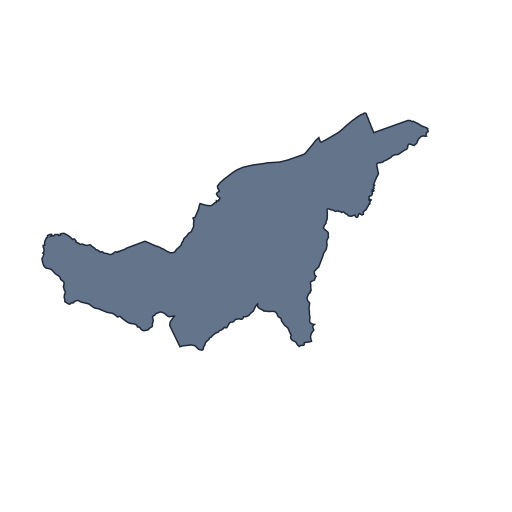 Caluma, Bolivar, Ecuador (Mercator projection), rotated 161°
{"feature_id": "8360857B21807845085638", "entity_name": "Caluma", "entity_type": "district", "adm_level": 2, "iso_a3": "ECU", "parent_name": "Ecuador", "parent_adm1": "Bolivar", "projection": "mercator", "projection_center": [-79.193, -1.597], "detail": "fine", "context": "isolated", "style": "filled", "palette": "slate", "viewbox_px": 512, "rotation_deg": 161, "n_neighbors": 0, "source": "geoboundaries", "source_scale": "gbopen_adm2", "svg_char_len": 6125}
<svg xmlns="http://www.w3.org/2000/svg" viewBox="0 0 512 512"><g transform="rotate(161 256 256)"><path d="M158.0,347.5L161.8,345.9L166.5,342.8L175.6,337.3L176.9,336.7L179.2,336.5L194.8,336.4L203.0,337.1L215.3,340.5L218.2,340.8L228.9,343.0L239.4,344.1L245.1,343.7L250.0,342.7L261.3,339.0L265.8,337.1L269.5,334.8L269.9,334.1L270.0,332.2L269.9,331.1L269.4,329.7L269.7,329.2L272.3,328.4L273.2,327.5L272.7,324.9L271.3,323.2L271.4,322.1L271.6,321.8L272.7,321.5L273.4,320.3L274.0,320.2L275.4,321.3L276.2,319.6L277.0,319.8L277.4,319.8L280.8,318.4L282.4,318.3L285.2,319.4L287.8,320.9L291.8,323.8L293.0,322.4L295.0,319.1L301.0,312.5L301.5,312.3L302.7,312.6L303.2,312.4L303.2,309.7L304.8,306.3L305.0,304.8L305.6,304.0L309.0,300.3L310.7,299.6L312.2,299.5L314.7,297.6L318.4,296.0L320.2,293.8L322.0,292.5L323.5,290.4L328.9,288.2L331.7,286.1L333.6,286.3L335.6,286.8L336.4,287.3L338.4,289.1L341.5,292.9L342.3,293.4L344.2,295.6L345.3,296.3L345.6,296.9L347.4,298.0L355.9,305.9L356.5,306.1L375.6,305.6L378.3,305.0L382.7,305.0L384.1,304.6L384.5,305.2L385.9,304.7L387.1,305.7L387.9,305.7L391.4,304.7L393.3,304.7L396.5,307.1L398.8,308.2L399.9,310.1L400.7,310.3L401.6,310.0L402.0,310.3L402.1,310.9L404.0,313.3L405.4,314.2L406.0,315.9L408.0,318.5L408.8,320.2L409.4,320.6L412.2,321.0L413.3,321.4L416.4,323.9L418.6,324.3L419.5,325.8L421.7,327.6L421.7,328.1L421.3,328.3L421.2,328.5L422.1,331.1L422.7,331.5L424.0,331.2L424.1,331.4L425.5,334.5L426.3,335.4L427.1,336.7L430.2,340.0L433.2,340.6L434.0,340.4L434.1,339.4L435.3,339.7L435.8,339.5L436.3,340.9L436.8,341.1L437.7,341.1L438.3,341.5L439.0,341.7L440.6,340.9L441.9,341.5L443.3,341.5L443.0,341.7L442.2,342.8L442.7,343.3L443.8,343.5L446.5,343.2L447.2,341.4L448.3,341.3L450.7,338.9L451.7,337.1L452.3,335.0L453.8,335.3L454.0,335.0L454.3,333.4L454.1,332.6L454.7,329.9L455.4,328.9L456.6,328.2L455.9,327.3L455.9,327.0L457.8,324.4L459.2,323.3L459.7,320.9L459.9,316.3L459.5,314.7L458.3,312.8L455.2,311.1L453.4,309.0L451.5,304.5L448.5,300.6L448.3,300.1L448.3,297.4L446.2,294.3L446.4,292.4L448.2,289.3L448.1,287.1L448.4,286.5L447.9,284.0L449.7,281.7L450.8,279.5L451.0,276.9L451.6,275.0L451.2,274.7L449.9,272.8L449.0,271.8L448.0,271.2L447.1,271.1L446.2,271.7L445.7,271.8L444.4,271.1L442.7,271.9L441.2,272.2L439.3,272.1L438.3,271.5L436.3,269.3L430.4,265.6L429.6,265.0L426.5,260.5L425.7,259.6L424.4,258.6L422.4,257.6L415.0,251.1L410.5,248.6L408.1,245.8L407.0,243.6L406.3,243.3L404.6,243.4L404.1,243.1L402.8,240.5L398.9,235.0L397.2,233.4L393.7,231.6L392.2,230.6L391.3,229.4L391.2,227.5L389.3,226.6L388.5,223.9L387.2,222.4L386.2,221.8L381.9,221.3L380.0,222.5L377.3,223.0L376.7,223.7L376.1,225.5L374.1,228.5L373.9,231.4L373.4,232.3L373.0,232.6L371.0,233.1L369.0,234.2L364.9,234.2L363.8,233.8L362.2,232.6L360.9,231.1L358.8,227.5L357.5,226.7L354.6,226.3L352.8,225.7L358.3,221.9L359.5,220.1L360.2,218.2L357.4,194.9L354.7,194.9L347.1,193.2L345.3,192.6L342.7,190.7L340.8,186.7L339.8,185.8L337.6,184.5L336.3,185.0L335.2,187.0L333.3,188.6L332.2,190.3L330.6,191.3L327.7,192.4L326.3,193.8L324.4,193.9L324.0,194.4L322.6,195.1L319.5,196.2L318.4,196.3L316.8,196.2L314.8,197.4L313.0,197.3L311.6,197.7L310.4,198.0L309.4,198.8L308.9,198.7L307.7,197.8L306.8,197.8L302.8,201.4L301.2,201.6L299.6,201.2L298.4,201.3L296.1,202.7L292.4,202.1L290.5,200.9L289.9,200.8L288.8,201.1L287.5,202.6L285.3,201.9L282.1,202.1L280.0,203.5L276.4,204.8L273.3,208.1L271.4,209.6L270.2,210.1L270.8,207.8L270.7,206.8L269.3,204.7L266.9,202.3L266.4,201.1L264.8,200.9L263.1,199.8L257.1,197.8L255.8,196.7L255.4,195.7L255.0,194.1L254.8,191.4L252.7,188.9L253.0,186.3L251.6,181.4L249.5,177.9L249.2,177.0L248.8,171.3L248.4,170.1L248.6,169.4L249.7,168.2L249.9,166.5L249.5,165.4L249.0,164.4L246.4,161.7L245.7,158.4L244.6,156.4L242.8,156.8L239.9,156.1L239.2,156.5L238.9,158.1L238.3,158.3L232.3,157.2L231.2,157.4L231.2,159.5L230.7,162.1L228.6,165.1L225.7,166.8L225.4,167.7L225.6,170.4L225.3,171.0L224.3,171.8L223.1,172.3L224.2,172.8L225.5,174.0L226.3,175.0L226.7,176.0L226.5,177.0L224.9,180.7L224.5,183.4L223.6,186.0L223.0,189.2L220.7,193.8L220.7,194.6L221.6,196.7L221.7,198.8L221.4,199.8L218.5,203.2L216.8,203.7L216.3,204.1L216.2,204.9L216.0,205.3L215.3,205.3L215.0,205.7L214.6,208.1L213.6,210.9L213.5,212.4L212.7,213.7L212.0,214.0L208.6,214.2L207.0,216.3L205.8,217.2L206.7,218.7L206.2,221.7L205.6,222.6L201.9,224.6L200.4,225.1L192.4,234.6L191.7,235.9L190.4,237.3L188.9,238.2L187.4,239.5L186.9,240.3L185.1,243.5L184.7,245.9L184.1,247.2L183.6,248.1L181.3,250.2L181.2,251.4L180.3,253.6L180.2,254.7L180.6,255.7L183.2,260.2L182.7,261.1L181.3,262.8L179.1,264.2L178.4,266.1L176.9,267.4L175.1,271.7L173.8,276.5L173.5,277.0L172.8,277.2L171.6,276.7L170.4,275.4L168.2,274.4L166.4,272.3L163.9,272.1L163.1,271.1L161.8,270.6L160.8,269.2L159.6,269.5L159.1,269.3L156.9,266.2L156.3,265.7L155.6,264.0L155.3,263.7L152.8,262.5L149.9,262.6L149.2,262.4L149.1,260.8L148.3,259.7L147.2,259.8L146.3,260.7L145.2,262.4L144.6,262.6L142.5,260.3L141.2,260.4L140.7,260.7L140.4,262.2L139.8,263.0L136.7,264.0L135.3,265.4L133.7,266.7L132.7,268.0L132.3,268.2L132.0,268.0L131.3,268.3L130.8,270.0L130.1,270.7L130.2,271.2L129.0,271.3L128.8,271.5L129.1,272.1L130.5,272.1L131.0,272.3L130.2,273.6L129.9,275.3L129.4,275.5L127.5,275.5L126.9,275.7L125.4,277.4L125.5,278.5L125.3,279.4L123.7,279.0L123.3,279.2L123.5,279.7L124.4,280.7L124.3,281.0L122.9,281.1L122.4,281.4L122.4,283.1L120.8,284.3L121.7,285.2L116.5,291.0L113.5,293.8L112.1,303.5L110.6,304.2L109.4,304.2L107.7,303.6L105.2,303.6L104.3,304.1L100.3,304.4L95.9,305.4L94.7,306.3L91.6,306.5L89.3,305.8L88.1,305.8L80.9,307.8L78.8,307.9L77.2,309.3L76.7,310.8L75.5,311.9L74.8,312.0L73.7,311.5L70.9,309.2L70.4,309.0L67.3,310.4L64.5,313.5L61.4,315.2L59.2,315.2L57.4,314.3L55.9,313.9L56.0,314.2L55.3,316.4L55.0,316.8L52.8,317.5L52.6,317.9L52.7,319.8L52.1,320.4L53.1,321.8L57.1,325.1L59.5,328.2L63.6,332.3L64.8,332.3L66.2,334.0L68.4,334.7L104.5,334.3L105.0,342.9L104.9,344.2L105.2,345.8L105.2,350.2L105.5,351.6L105.4,354.6L105.8,355.3L107.0,355.9L109.1,355.2L109.9,355.5L113.4,354.9L120.9,352.6L128.4,349.8L133.1,347.7L137.6,346.0L151.4,343.2L156.9,342.4L157.6,342.5L158.0,343.4L158.1,345.4L158.0,347.5Z" fill="#64748b" stroke="#1e293b" stroke-width="1.5"/></g></svg>